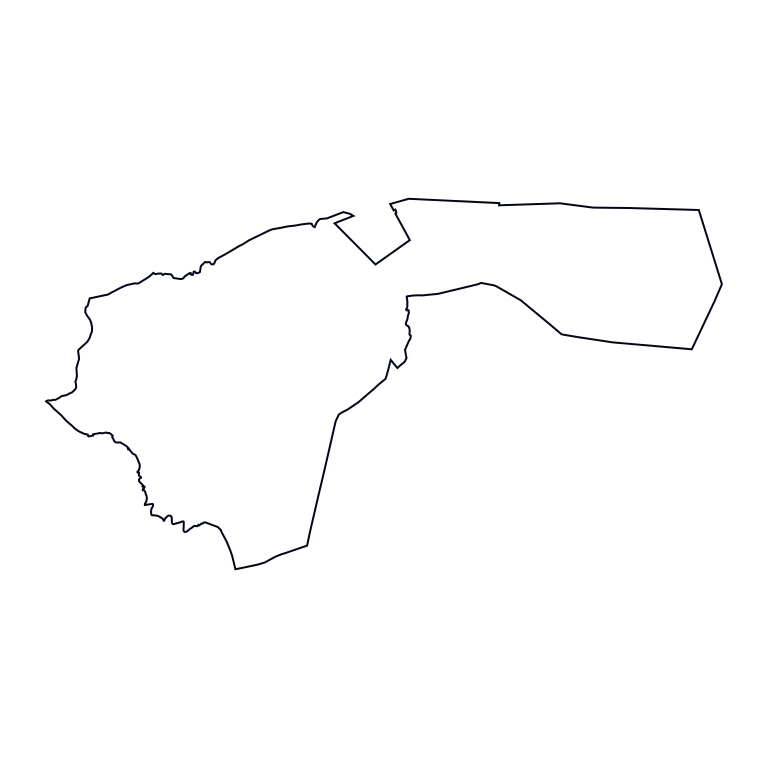 the district of San Antonio, San Luis Potosí, Mexico
{"feature_id": "50627088B33273723403959", "entity_name": "San Antonio", "entity_type": "district", "adm_level": 2, "iso_a3": "MEX", "parent_name": "Mexico", "parent_adm1": "San Luis Potosí", "projection": "natural_earth1", "projection_center": [-98.884, 21.619], "detail": "fine", "context": "isolated", "style": "outline", "palette": "ink", "viewbox_px": 768, "rotation_deg": 0, "n_neighbors": 0, "source": "geoboundaries", "source_scale": "gbopen_adm2", "svg_char_len": 6001}
<svg xmlns="http://www.w3.org/2000/svg" viewBox="0 0 768 768"><path d="M714.5,301.3L721.9,284.2L698.8,210.0L628.7,208.0L593.1,207.6L560.0,203.3L499.1,205.3L499.3,203.1L408.7,198.8L390.2,204.0L393.7,210.5L395.3,209.6L396.0,211.2L396.2,212.4L396.3,212.9L395.4,213.6L409.8,240.1L375.5,264.5L334.6,223.3L353.4,215.9L349.9,213.8L343.3,212.1L326.9,218.4L320.0,219.0L317.8,221.0L316.3,223.3L314.7,227.1L312.9,226.2L311.7,223.8L309.2,223.5L302.2,224.3L295.0,225.6L287.6,226.4L280.4,227.9L274.5,228.9L272.0,229.4L268.3,230.9L249.0,240.3L242.6,244.4L239.4,245.9L224.9,254.5L218.9,257.7L218.1,258.2L217.2,258.8L216.4,259.6L215.7,260.2L215.3,260.8L214.8,262.2L214.3,263.1L214.0,263.7L213.6,264.2L212.9,264.3L212.1,264.3L211.2,264.2L210.0,262.5L209.9,262.3L209.7,262.2L209.0,262.1L206.5,262.3L205.5,262.0L205.2,262.0L203.8,263.3L201.7,265.2L201.0,266.1L200.6,267.3L200.0,271.9L198.1,273.1L196.0,273.1L194.9,271.6L193.7,271.7L193.3,273.2L193.0,274.6L192.4,274.9L191.5,274.7L190.6,274.3L190.9,273.3L189.9,272.9L184.8,276.3L183.3,278.4L180.8,279.1L173.6,278.0L172.5,276.3L171.2,274.4L167.7,274.1L165.1,273.8L163.9,274.3L162.8,275.0L161.9,274.2L161.2,273.5L159.1,273.5L155.3,274.1L153.2,272.9L151.7,274.5L148.7,277.0L138.3,283.5L134.3,283.4L132.6,283.8L126.8,285.1L122.7,286.8L120.8,287.7L119.0,288.6L111.0,292.8L108.1,294.5L89.7,298.4L87.6,306.0L86.3,307.0L85.6,308.0L85.2,312.0L86.8,315.3L89.8,319.4L91.0,322.2L91.7,325.3L92.1,327.9L91.9,331.5L91.1,333.7L90.4,335.5L89.9,337.4L89.4,338.3L88.6,339.7L87.1,342.0L79.2,349.2L78.4,350.1L78.1,351.0L79.1,358.8L76.4,367.9L76.8,374.5L77.0,375.6L76.2,379.7L75.4,381.4L76.0,384.5L76.2,386.6L76.1,387.7L75.0,389.6L71.9,392.5L69.4,393.5L66.6,395.1L62.1,396.0L61.4,396.2L59.3,397.8L55.3,399.9L53.0,399.9L50.5,400.6L48.8,400.4L47.6,400.5L46.1,401.3L47.0,402.2L49.3,403.7L50.8,405.3L52.2,406.8L53.5,408.4L56.0,410.6L58.7,413.0L61.5,415.5L64.1,418.5L66.2,420.7L68.0,422.3L69.5,423.7L71.6,425.3L72.3,426.1L73.7,427.4L74.4,428.1L74.8,428.5L75.3,429.0L76.1,429.4L76.9,430.0L77.9,430.7L78.6,431.2L79.4,431.6L79.9,431.9L80.9,432.3L82.0,432.8L82.9,433.3L83.9,433.7L84.7,433.9L85.2,434.1L85.6,434.1L86.0,434.2L86.5,434.2L86.7,434.4L87.4,434.7L87.9,434.8L88.0,435.7L88.3,436.3L89.1,436.4L90.7,436.0L93.1,435.5L93.2,434.3L93.7,434.4L95.0,433.9L96.5,433.7L98.1,433.4L99.5,433.1L99.9,433.0L100.4,433.0L101.1,433.1L101.9,433.3L102.6,433.3L103.2,433.2L104.2,432.9L105.0,432.7L106.0,432.6L106.5,432.6L107.1,433.0L107.9,433.2L109.0,432.9L109.9,433.3L110.8,434.0L111.6,434.7L112.2,435.2L112.8,435.8L112.5,436.1L112.2,436.8L112.3,437.4L112.8,438.2L113.2,438.6L114.0,440.7L114.5,441.3L115.4,442.2L115.9,442.4L117.0,442.5L118.5,442.5L119.9,442.4L120.3,442.3L121.1,442.9L123.5,444.3L125.2,445.3L126.5,446.2L126.9,446.6L127.7,447.4L128.3,448.0L127.8,448.5L128.0,449.1L128.3,449.5L129.2,449.1L130.2,450.6L130.9,451.5L131.6,452.4L132.4,453.2L133.3,454.0L134.1,454.3L134.7,454.6L135.3,454.9L135.7,455.4L136.2,456.3L137.4,458.7L137.8,459.8L138.9,462.5L139.5,463.8L139.6,464.3L139.7,464.8L139.7,465.9L139.7,467.8L139.2,468.7L138.9,469.7L138.9,470.0L138.6,470.6L138.4,470.8L138.1,471.1L137.6,471.6L137.4,471.9L137.4,472.3L137.6,472.5L137.9,472.6L138.6,472.7L138.9,472.8L139.0,472.8L139.0,473.3L138.8,475.2L138.9,475.4L139.0,475.7L139.3,476.0L139.6,476.2L140.1,476.5L140.6,476.8L140.9,477.2L141.0,477.4L141.1,477.7L141.0,477.8L140.6,478.1L140.0,478.4L139.5,478.7L139.2,479.3L139.0,479.9L139.0,480.3L139.0,480.7L139.2,481.2L140.0,482.3L140.9,483.3L141.9,484.2L142.6,484.9L142.9,485.3L143.0,485.7L142.7,486.0L142.5,486.5L142.8,486.7L143.3,486.6L143.7,486.4L143.8,486.4L144.2,486.5L144.5,486.6L144.5,487.0L144.4,487.6L144.1,488.1L143.7,488.3L143.1,488.9L142.7,489.5L142.7,489.9L142.8,490.2L143.1,490.4L143.4,490.4L143.7,490.2L144.0,490.2L144.4,490.7L144.8,491.1L145.2,491.9L145.5,492.5L145.6,493.7L146.0,494.9L146.5,495.7L146.7,496.6L146.7,497.3L146.9,498.1L146.9,498.7L146.6,499.8L146.3,501.3L145.7,502.5L145.2,503.4L144.8,504.0L144.9,505.0L147.4,504.6L149.8,504.3L152.1,503.9L152.9,504.2L153.1,504.8L153.0,506.2L152.2,507.5L151.5,508.6L151.2,510.0L151.1,511.4L151.1,513.0L151.3,514.4L151.8,515.2L152.8,515.3L153.8,515.3L155.6,515.5L157.0,515.7L158.2,516.0L159.2,516.6L160.9,517.5L161.9,518.2L162.9,518.9L163.3,519.8L163.4,520.5L163.8,520.7L164.3,520.6L164.6,519.5L165.7,517.9L166.7,517.1L167.3,516.2L168.7,515.6L169.9,515.6L170.9,516.0L171.5,516.8L171.8,518.2L171.8,519.7L171.8,521.1L171.9,522.6L172.2,523.4L172.6,523.8L173.0,524.1L173.7,524.1L175.6,523.6L178.2,522.9L179.3,522.6L180.6,522.1L182.5,521.4L182.9,521.4L183.4,521.6L183.7,521.9L183.8,522.4L183.7,524.9L183.7,526.9L183.5,529.0L183.5,530.2L183.6,530.7L183.8,531.1L184.3,531.7L184.9,531.9L185.6,532.0L186.8,531.5L187.7,530.8L190.3,528.7L192.3,527.4L193.6,526.3L194.8,525.8L195.3,526.0L195.8,526.1L196.8,526.1L197.4,526.1L198.2,525.1L198.4,524.9L198.8,525.2L199.0,525.4L199.3,525.4L199.6,525.1L200.0,524.8L200.4,524.5L201.1,523.7L202.6,523.7L203.3,522.7L205.4,522.4L217.7,527.0L220.7,529.8L221.5,531.9L225.5,539.4L227.1,542.6L229.8,549.2L232.1,555.6L233.9,563.0L235.4,569.2L239.7,568.4L257.3,564.7L264.7,562.5L275.0,556.9L281.1,554.4L285.9,552.9L307.1,545.6L310.2,530.9L317.4,500.0L318.6,494.7L323.7,473.3L335.5,422.0L335.7,421.2L338.8,414.6L341.6,412.6L347.7,409.5L358.6,402.1L368.5,393.5L373.6,389.2L378.7,384.4L383.4,380.6L385.7,378.6L388.2,369.8L390.7,359.9L397.4,368.0L399.9,365.7L403.5,362.8L404.7,361.6L405.2,360.9L405.7,359.6L406.5,358.2L405.0,349.9L405.1,349.7L409.0,340.7L410.4,338.7L410.8,335.8L409.5,334.5L409.6,332.4L409.7,330.3L409.4,328.5L409.2,327.8L408.4,326.3L406.8,325.4L406.3,325.1L405.8,323.2L407.1,320.0L407.6,318.4L407.9,316.0L408.6,313.9L408.9,312.3L408.4,310.2L406.5,310.3L406.1,309.4L407.2,307.8L407.3,305.5L407.4,301.7L406.7,296.6L407.8,296.2L413.4,295.5L418.2,295.3L422.3,295.4L437.6,293.9L441.2,293.1L477.3,284.4L478.6,284.0L481.1,282.9L490.9,284.8L493.8,285.3L496.2,286.2L520.8,300.3L549.4,324.0L561.2,334.0L562.4,334.5L578.4,337.2L612.9,342.4L691.8,349.3L714.5,301.3Z" fill="none" stroke="#020617" stroke-width="2"/></svg>